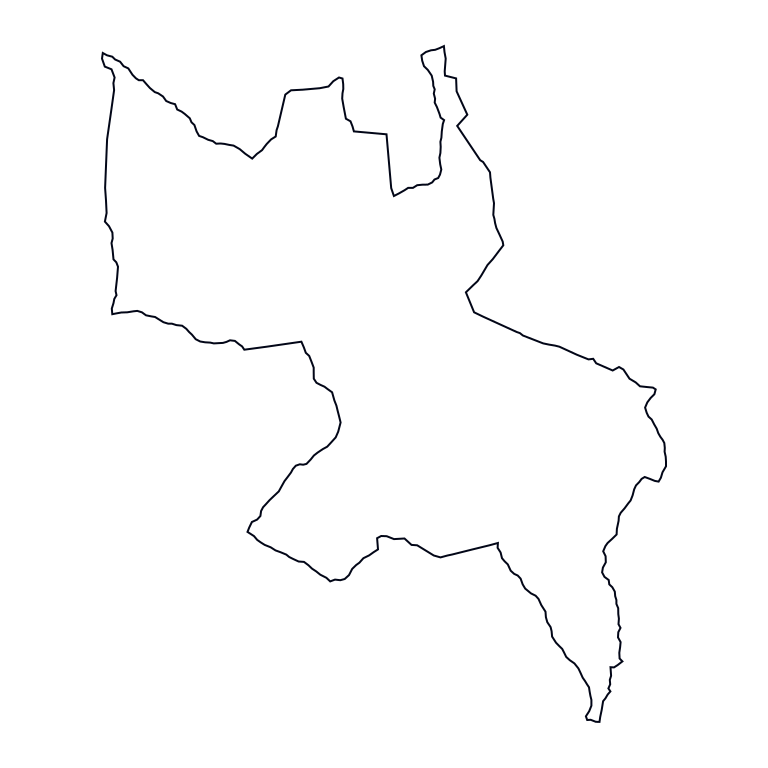 outline of Umuarama, Paraná, Brazil
{"feature_id": "56859067B70861767862647", "entity_name": "Umuarama", "entity_type": "district", "adm_level": 2, "iso_a3": "BRA", "parent_name": "Brazil", "parent_adm1": "Paraná", "projection": "robinson", "projection_center": [-53.402, -23.707], "detail": "fine", "context": "isolated", "style": "outline", "palette": "ink", "viewbox_px": 768, "rotation_deg": 0, "n_neighbors": 0, "source": "geoboundaries", "source_scale": "gbopen_adm2", "svg_char_len": 5256}
<svg xmlns="http://www.w3.org/2000/svg" viewBox="0 0 768 768"><path d="M289.2,557.0L293.0,558.9L298.6,561.5L304.0,561.9L308.4,565.2L312.1,568.7L316.2,571.4L320.3,574.7L326.4,577.8L330.2,581.4L335.0,579.6L340.3,580.2L344.7,579.0L349.0,575.1L352.2,568.9L356.2,565.0L359.4,562.7L363.4,558.2L369.1,555.4L373.6,552.2L378.0,549.4L377.1,538.2L381.2,536.0L386.7,536.2L394.0,539.1L404.5,538.5L411.5,544.9L417.2,545.3L433.8,555.5L440.5,557.4L447.5,555.5L452.2,554.5L472.6,549.4L489.4,545.3L497.9,543.0L497.6,547.8L500.6,552.5L502.0,558.2L504.6,561.3L507.8,564.4L510.7,570.7L514.2,573.9L517.7,575.5L520.6,578.6L522.7,584.4L525.2,588.6L531.0,593.4L535.6,595.7L538.5,598.9L541.3,605.1L545.5,611.7L545.9,617.2L547.3,622.2L550.6,627.1L551.6,631.2L552.1,636.6L556.0,642.7L559.4,646.2L562.2,648.9L564.1,652.6L566.2,656.9L569.8,660.2L574.4,663.4L578.4,668.4L580.4,672.6L582.7,677.7L585.0,681.0L587.0,684.3L589.0,687.3L589.6,691.4L590.4,695.8L591.4,699.9L591.4,705.7L589.2,711.2L585.9,716.3L587.2,720.0L590.7,719.8L595.8,721.8L599.5,721.9L600.2,717.0L601.7,709.9L603.1,701.2L605.4,698.4L607.7,694.5L610.4,691.4L608.4,688.4L610.2,684.3L609.8,679.9L611.1,675.8L610.5,667.2L614.0,667.4L617.6,665.1L622.4,661.4L619.6,658.5L619.3,652.8L620.1,647.3L620.6,642.1L618.0,637.4L618.3,632.2L620.5,627.9L618.5,624.2L618.9,618.7L618.3,614.1L618.2,608.2L616.4,603.9L616.4,600.0L615.2,596.2L614.8,591.6L612.3,587.2L609.3,584.4L608.7,580.0L604.5,576.9L602.1,572.4L602.9,567.6L605.8,562.3L605.6,556.2L603.2,551.3L605.4,546.1L607.6,543.0L612.1,538.9L616.6,534.5L616.9,528.8L617.7,525.1L618.6,520.8L618.9,516.4L620.7,512.8L624.6,508.3L628.3,503.3L630.6,500.5L632.6,495.4L634.2,489.3L636.0,485.4L639.3,482.0L641.6,478.9L644.7,477.0L649.9,478.9L654.8,480.9L658.6,481.6L660.9,477.7L662.5,472.3L666.0,466.3L666.0,461.4L665.7,456.7L664.6,451.7L664.8,447.9L664.3,443.0L662.6,439.8L660.3,436.7L658.3,433.2L656.7,428.7L654.2,424.4L651.7,419.5L648.5,416.6L646.7,412.8L645.1,407.6L647.3,402.4L650.6,398.0L654.4,394.2L655.7,389.4L652.9,387.6L647.6,387.1L640.0,386.3L635.7,382.4L629.5,378.7L623.4,369.5L619.0,367.0L612.7,370.5L596.2,363.3L593.2,358.8L588.5,359.4L583.0,357.2L576.8,354.7L559.4,346.7L555.0,345.6L549.0,344.6L543.2,343.4L522.9,335.5L519.9,333.1L516.7,332.0L483.0,316.6L474.1,312.3L465.9,292.3L473.3,285.1L477.6,281.1L481.3,275.5L487.5,265.0L492.8,259.1L499.0,250.9L503.3,245.3L502.7,241.6L499.6,234.8L496.4,228.0L495.1,223.1L494.4,218.8L493.3,214.9L493.7,208.3L494.0,203.2L493.2,198.6L490.4,177.6L490.0,172.3L483.1,162.0L480.2,160.2L457.2,125.9L467.3,114.7L456.6,91.3L456.1,78.4L445.0,75.6L444.7,71.4L445.7,58.6L444.5,52.0L443.9,46.1L439.4,48.2L435.2,49.8L431.0,50.3L425.9,52.0L421.4,55.3L422.2,60.7L424.0,66.2L427.8,69.9L431.7,75.6L433.1,81.8L433.3,85.9L434.7,89.3L433.8,93.6L435.1,98.7L434.7,102.6L436.9,107.0L439.5,113.9L440.6,117.6L444.1,120.1L442.8,124.0L441.8,131.4L441.4,137.7L440.4,141.8L440.7,146.8L440.4,153.0L439.4,157.7L440.2,164.3L441.3,169.5L440.0,174.6L438.2,178.0L434.5,179.5L432.2,182.4L427.8,184.6L422.4,184.7L417.2,185.2L412.9,187.9L408.1,187.9L404.6,190.2L398.8,193.5L393.9,196.0L391.2,188.1L386.5,134.3L353.9,131.4L352.5,126.4L350.5,121.3L345.9,118.7L343.6,106.7L342.2,98.6L342.5,93.3L343.3,89.0L343.2,84.1L342.5,78.5L339.0,77.5L333.3,81.2L328.5,86.5L319.8,88.2L302.6,89.7L291.0,90.3L285.3,94.6L277.9,126.3L276.6,130.1L275.7,136.5L271.1,139.4L266.7,144.0L264.2,147.2L262.1,150.1L256.8,154.0L252.2,158.6L245.3,153.8L239.7,149.1L233.6,145.6L229.2,144.9L224.4,143.9L220.6,143.5L216.2,143.7L212.8,141.1L208.2,139.8L202.9,137.2L199.1,135.9L196.6,131.4L194.4,125.0L191.5,122.3L189.8,118.3L184.7,113.9L181.6,111.6L177.2,109.5L175.1,104.2L170.7,103.0L166.2,101.0L163.0,96.5L158.2,93.3L154.8,92.1L149.9,88.0L146.4,84.1L143.0,80.2L138.8,80.2L135.9,78.3L132.5,74.8L128.3,68.4L123.6,66.2L120.1,61.7L115.1,59.5L112.3,56.7L107.0,55.3L102.8,53.0L102.0,58.6L104.8,66.6L111.5,69.3L114.6,77.5L113.4,83.1L114.1,90.1L111.4,109.4L107.1,139.2L106.7,148.7L106.3,158.6L105.1,187.9L106.0,200.5L106.6,213.0L104.9,221.6L109.0,226.2L112.4,232.6L112.7,238.5L111.5,243.1L112.6,250.0L113.5,259.4L116.3,262.3L118.0,266.7L117.1,277.9L115.6,291.1L116.5,295.2L114.3,298.9L113.5,303.1L111.8,308.6L112.3,314.2L115.8,313.5L121.3,312.5L127.3,312.3L133.5,311.3L137.3,310.9L141.9,312.3L146.0,315.3L151.4,316.4L155.1,317.0L158.1,318.9L163.4,322.2L168.3,323.7L172.0,323.7L176.4,325.1L182.1,325.7L186.3,328.8L189.1,332.0L191.9,334.6L195.7,339.2L200.2,341.5L205.1,342.3L210.2,342.6L213.8,343.4L219.3,343.1L223.0,342.9L226.5,341.9L230.0,340.3L234.9,340.9L239.2,344.4L242.1,346.4L244.3,349.7L266.7,346.7L301.4,341.7L303.9,347.5L305.8,352.8L309.2,355.9L311.6,362.0L313.7,367.6L313.7,372.5L313.8,378.7L316.5,382.8L320.5,384.9L324.5,386.7L327.5,389.0L332.1,392.3L334.4,400.5L336.4,405.6L337.6,410.6L339.0,416.0L340.6,422.5L338.2,431.7L335.7,437.4L331.1,442.5L327.2,446.7L322.8,449.1L317.6,452.6L313.9,455.5L310.7,459.5L306.5,463.9L303.2,464.7L299.8,464.3L295.8,465.7L292.9,469.0L291.0,472.5L287.5,477.2L284.5,481.1L280.6,488.1L278.8,491.4L273.8,496.1L269.6,500.1L266.0,504.1L263.1,507.2L261.1,511.0L260.4,516.0L257.1,519.6L251.9,522.0L249.2,527.6L247.5,531.9L254.0,536.1L257.2,539.9L260.9,542.5L264.7,544.9L270.7,547.3L275.5,550.4L280.5,552.2L286.3,554.6L289.2,557.0Z" fill="none" stroke="#020617" stroke-width="2"/></svg>